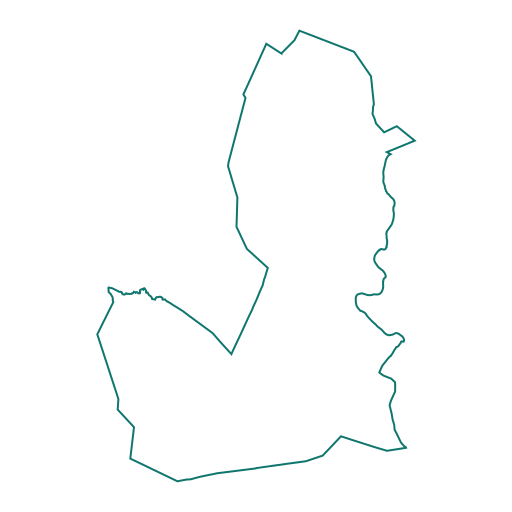 the district of Santiago Tetepec, Oaxaca, Mexico
{"feature_id": "50627088B18876706732637", "entity_name": "Santiago Tetepec", "entity_type": "district", "adm_level": 2, "iso_a3": "MEX", "parent_name": "Mexico", "parent_adm1": "Oaxaca", "projection": "natural_earth1", "projection_center": [-97.666, 16.359], "detail": "fine", "context": "isolated", "style": "outline", "palette": "teal", "viewbox_px": 512, "rotation_deg": 0, "n_neighbors": 0, "source": "geoboundaries", "source_scale": "gbopen_adm2", "svg_char_len": 5562}
<svg xmlns="http://www.w3.org/2000/svg" viewBox="0 0 512 512"><path d="M406.0,447.8L405.8,447.2L404.2,446.2L401.0,442.6L396.4,433.1L394.6,429.7L394.2,424.9L392.6,419.5L391.7,413.9L389.6,405.3L390.9,400.8L395.1,391.6L395.2,386.6L395.2,385.3L395.0,382.2L391.2,378.6L383.7,375.7L380.2,373.3L379.3,372.4L382.3,365.7L387.7,358.9L389.8,356.5L390.5,356.3L393.1,352.5L393.4,351.7L396.3,347.1L397.1,346.9L398.6,345.9L399.3,344.6L400.3,343.6L401.0,341.9L401.8,341.3L402.4,341.6L403.6,341.7L404.0,340.7L404.0,339.6L403.4,337.9L402.1,336.2L400.5,335.2L399.1,334.0L397.0,333.1L395.3,333.2L392.7,334.6L389.1,335.3L386.3,334.4L384.3,332.7L383.2,331.4L381.5,329.6L377.6,326.6L375.9,324.7L374.1,323.1L371.9,321.1L370.1,319.2L368.5,317.6L366.5,315.1L365.6,313.6L364.8,312.8L362.2,311.3L360.4,310.8L359.3,309.5L358.3,308.5L357.1,306.8L356.3,304.8L355.9,302.5L355.8,300.9L355.7,299.3L355.8,297.9L356.0,296.9L356.5,295.7L357.2,294.8L358.3,294.2L359.6,293.8L361.3,293.4L362.8,293.5L364.1,294.0L366.3,294.6L367.5,295.1L370.3,295.2L372.7,294.7L374.2,294.3L375.3,294.4L376.9,294.5L378.5,294.3L379.9,293.7L380.6,293.0L381.5,292.2L382.8,289.2L383.2,286.8L383.1,284.2L383.0,283.4L383.2,282.5L383.0,281.6L383.4,280.7L383.5,279.8L383.6,279.0L384.1,278.5L385.2,277.5L385.7,277.0L385.7,276.5L385.6,275.5L385.3,274.5L384.8,273.4L384.0,272.1L382.7,270.5L380.8,269.1L380.1,268.6L379.8,268.3L379.1,267.8L378.8,267.5L378.2,266.9L376.6,264.7L375.0,262.3L374.3,260.5L374.2,258.7L374.4,257.7L374.6,256.5L374.9,255.6L375.4,254.6L376.2,253.6L377.8,251.4L378.3,251.0L378.8,250.3L379.1,250.1L379.5,250.2L379.6,249.9L380.2,249.6L380.4,249.2L381.6,249.1L382.7,249.2L383.6,249.6L384.7,249.5L385.6,248.8L386.1,247.8L386.6,247.4L386.4,246.2L386.8,245.3L386.8,244.9L387.0,244.6L387.1,243.7L387.1,243.0L387.2,242.2L387.1,241.0L387.1,240.3L387.0,239.7L386.8,239.1L386.6,238.4L386.7,237.2L386.5,235.9L386.4,234.2L386.3,233.5L386.7,232.8L386.6,232.1L386.9,231.4L387.7,230.2L388.3,229.3L389.3,228.0L390.4,226.4L391.3,225.1L391.8,224.2L392.3,222.8L392.7,221.4L393.2,220.3L393.4,218.6L393.7,217.2L393.8,216.0L393.8,215.0L393.9,213.8L393.7,212.1L393.4,210.9L393.3,209.6L393.3,208.9L393.5,208.3L393.4,207.6L393.6,206.5L394.2,206.1L394.5,204.9L394.5,203.8L394.6,203.0L394.5,201.9L394.2,201.0L394.1,200.4L393.8,200.1L393.3,199.3L392.7,198.5L392.2,198.2L391.6,197.7L390.5,196.6L389.8,195.7L389.2,195.1L388.5,194.2L387.9,193.8L387.4,193.5L387.2,193.0L386.9,192.4L386.6,191.8L386.4,191.6L386.3,191.4L385.9,190.8L385.7,190.1L385.5,189.2L385.3,188.7L385.0,188.1L384.9,187.3L384.8,186.7L384.8,185.8L384.5,185.4L384.2,184.3L383.9,183.6L383.6,183.0L383.6,182.8L383.4,182.1L383.3,181.3L383.3,180.7L383.5,179.5L383.5,178.6L383.5,177.9L383.6,177.2L383.6,176.2L383.4,175.0L383.4,174.4L383.3,173.9L383.3,173.0L383.3,172.5L383.4,171.8L383.4,171.3L383.3,170.9L383.5,170.4L383.8,169.8L383.9,169.1L383.9,168.3L384.2,167.5L384.4,166.9L384.6,166.3L384.8,165.6L384.8,165.0L385.0,163.9L385.2,163.2L385.5,162.0L385.7,161.0L385.9,159.9L386.3,159.0L386.8,158.1L387.1,157.5L387.5,156.8L388.0,156.1L388.9,155.2L389.8,154.6L390.6,154.2L386.8,152.1L414.7,140.7L396.8,126.2L384.1,132.3L376.0,123.5L374.7,119.0L372.9,114.9L372.5,113.6L372.9,111.1L372.9,109.0L373.1,107.0L373.5,105.3L373.9,104.4L371.0,76.3L354.1,51.8L322.0,39.4L299.4,30.7L294.4,40.3L281.4,53.4L281.4,53.5L266.3,43.8L248.7,82.8L243.4,94.4L245.5,97.9L228.6,162.1L228.0,166.1L237.4,197.5L236.5,226.8L246.9,248.9L267.8,267.9L266.2,273.1L265.1,276.9L264.2,279.1L262.6,285.5L260.0,291.2L256.6,299.5L253.1,307.1L252.7,308.3L250.8,312.5L250.7,312.6L248.8,316.5L246.6,321.3L242.7,329.8L241.3,332.9L239.6,336.5L237.4,341.1L231.7,353.3L231.4,354.1L226.0,348.2L220.0,341.6L212.6,333.1L202.0,325.3L192.3,318.2L192.2,318.1L190.8,317.0L190.2,316.7L183.0,311.2L175.4,306.4L173.8,305.5L169.6,302.7L167.9,301.8L167.1,301.5L165.9,300.4L165.4,300.0L165.2,299.7L164.9,299.4L164.2,299.4L162.6,299.6L162.5,299.4L162.4,298.2L162.3,297.9L161.3,297.1L160.9,297.0L160.5,296.8L160.2,296.9L159.8,296.7L159.0,296.9L158.4,297.1L156.7,297.1L156.3,297.4L156.0,297.7L155.7,298.4L155.1,299.6L154.2,299.4L152.5,299.1L152.0,298.9L152.0,298.4L151.7,297.5L151.3,296.9L150.7,296.3L150.3,295.9L149.7,295.7L148.6,294.5L148.1,293.1L147.7,292.6L147.4,292.5L147.0,292.5L146.5,292.8L146.2,292.7L146.0,292.0L146.1,291.4L145.9,290.4L144.6,288.4L144.4,288.3L144.2,288.2L143.8,288.4L143.4,289.4L143.3,289.6L142.9,289.2L142.7,289.1L142.3,289.0L142.1,289.1L141.9,289.2L141.4,289.3L141.1,289.6L140.4,289.8L140.0,290.3L139.9,290.7L140.1,292.2L139.9,293.2L139.7,293.3L139.1,293.4L138.3,293.3L138.0,292.8L137.9,292.7L137.1,292.2L136.6,292.2L136.3,292.3L135.8,292.7L135.6,292.3L135.0,292.2L134.6,292.1L133.8,291.8L133.5,292.5L133.3,292.9L133.2,292.9L132.9,293.1L132.7,293.2L132.3,293.2L131.7,293.8L131.3,293.9L129.9,293.9L129.7,293.9L129.4,294.0L129.0,293.9L128.2,293.8L127.9,293.9L126.9,293.8L126.6,293.4L126.1,293.3L125.0,294.3L124.7,294.5L123.9,294.5L123.6,294.5L122.7,294.2L122.3,293.7L122.2,293.1L122.0,292.7L121.7,292.8L121.4,292.0L120.9,291.8L119.1,291.8L118.4,291.3L118.2,291.2L112.1,288.2L111.9,288.2L108.8,287.5L108.4,287.9L108.7,292.0L110.7,294.0L112.4,296.9L112.9,299.0L112.7,300.3L113.3,302.1L101.2,326.4L97.3,334.4L98.2,337.1L103.4,353.0L118.4,399.0L117.7,409.6L134.0,427.2L130.3,458.6L177.5,481.3L180.4,480.7L185.7,479.7L185.9,479.6L190.7,479.3L199.5,476.9L204.2,475.9L204.3,475.9L211.5,474.4L211.8,474.4L214.5,473.8L215.5,473.6L216.8,473.3L239.2,470.5L255.9,468.4L256.1,468.1L285.4,464.0L306.0,461.2L322.7,455.6L341.0,436.3L351.4,439.7L373.9,446.9L387.0,450.8L406.0,447.8Z" fill="none" stroke="#0f766e" stroke-width="2"/></svg>